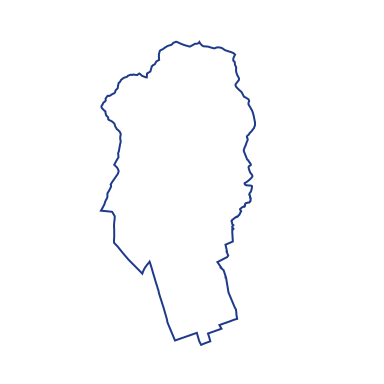 the district of Crizbav, Brasov, Romania, rotated 68°
{"feature_id": "2599482B31173771953984", "entity_name": "Crizbav", "entity_type": "district", "adm_level": 2, "iso_a3": "ROU", "parent_name": "Romania", "parent_adm1": "Brasov", "projection": "equal_earth", "projection_center": [25.451, 45.829], "detail": "fine", "context": "isolated", "style": "outline", "palette": "blue", "viewbox_px": 384, "rotation_deg": 68, "n_neighbors": 0, "source": "geoboundaries", "source_scale": "gbopen_adm2", "svg_char_len": 5961}
<svg xmlns="http://www.w3.org/2000/svg" viewBox="0 0 384 384"><g transform="rotate(68 192 192)"><path d="M175.2,283.4L180.3,273.7L180.7,273.4L185.6,272.7L186.3,273.1L187.6,273.6L188.8,274.2L189.9,274.9L192.4,276.2L195.7,277.6L196.6,277.8L204.2,280.8L207.9,282.6L209.9,283.3L212.9,282.1L214.6,281.4L217.0,280.7L219.3,280.0L223.8,278.6L229.4,276.7L230.5,276.4L247.4,269.3L249.1,268.7L248.5,268.1L247.3,267.1L246.7,266.4L245.8,265.5L244.6,264.0L244.2,263.4L242.6,260.9L241.8,259.2L241.3,258.3L240.7,257.4L241.2,257.4L246.5,257.8L254.1,258.6L256.7,258.8L262.4,259.4L267.1,259.7L268.9,260.0L269.6,259.9L270.7,260.0L273.2,260.5L276.4,260.8L288.6,261.7L300.2,262.9L303.8,263.6L323.3,263.4L324.4,240.3L329.5,240.8L332.0,241.1L334.0,241.1L337.1,240.8L337.1,235.9L337.3,231.0L333.7,230.5L329.2,230.2L329.8,215.9L325.6,216.4L326.1,205.6L326.2,200.3L326.6,197.7L326.3,197.6L322.5,196.8L319.9,195.9L317.5,195.3L315.5,195.5L314.8,195.6L298.8,195.8L285.9,192.9L283.9,192.5L283.7,192.9L282.5,192.4L276.3,192.0L273.1,193.7L273.0,193.2L266.5,194.7L265.5,183.8L265.1,183.1L264.9,182.9L264.4,182.2L260.3,182.3L260.1,181.8L253.4,180.7L253.2,172.7L247.0,170.6L245.9,170.2L245.0,170.0L243.1,169.2L241.2,168.4L241.9,167.6L241.6,167.3L240.3,167.8L239.2,167.7L239.1,167.3L238.6,166.9L238.2,166.1L237.4,166.6L236.5,166.7L235.5,166.3L234.8,166.4L233.6,166.2L233.5,165.9L233.4,165.5L232.9,165.2L232.7,164.2L232.2,162.6L232.2,162.3L232.0,162.1L231.9,161.8L231.9,161.0L231.6,160.4L231.6,159.8L232.0,159.6L231.9,158.7L231.5,158.1L231.1,157.8L230.9,157.3L231.0,156.9L230.9,156.7L230.4,156.1L228.5,154.2L228.5,153.8L228.1,153.6L227.8,153.6L227.4,153.8L226.5,153.9L226.3,154.0L226.0,153.9L225.8,153.8L225.6,153.2L225.4,152.4L225.0,151.5L224.9,151.1L225.0,150.2L225.0,149.7L225.2,149.4L225.3,149.1L225.3,148.7L225.1,148.5L224.5,148.6L224.4,148.5L224.4,148.1L224.4,147.9L223.7,147.5L223.4,147.5L223.2,147.4L222.7,146.9L222.6,146.7L222.5,145.7L222.7,145.4L222.8,144.6L222.8,144.4L222.7,144.3L222.7,144.0L223.1,143.4L223.2,143.1L223.2,142.9L223.0,142.6L222.8,142.3L222.8,142.1L222.4,141.3L222.3,141.2L221.9,141.2L221.4,140.6L220.5,140.4L220.5,140.2L220.3,140.1L219.8,139.9L219.6,139.9L219.0,140.3L218.9,140.3L218.7,140.2L218.7,139.9L218.2,139.9L217.2,139.6L216.7,139.7L216.0,140.0L215.6,139.6L214.7,139.0L213.9,137.6L213.7,137.3L213.5,137.1L212.7,136.5L212.1,135.9L209.8,134.5L209.5,134.3L209.3,134.2L209.0,134.2L208.7,134.4L208.3,134.8L208.0,135.2L207.7,135.9L207.0,137.4L206.7,137.8L206.2,139.0L205.6,139.6L205.1,139.9L204.5,140.1L204.0,140.1L203.6,140.0L203.4,139.5L203.4,138.6L202.9,136.4L202.4,134.8L202.2,134.3L201.3,132.0L200.6,130.6L200.2,130.2L199.7,130.0L199.2,129.9L198.3,130.0L195.7,130.8L195.3,130.7L193.7,130.7L192.7,130.7L190.7,130.4L190.3,130.3L189.8,130.0L189.3,129.1L189.3,128.3L189.1,127.6L188.9,127.3L188.7,127.2L188.4,127.1L187.5,127.2L184.5,128.0L183.9,127.9L183.6,128.0L182.7,128.6L181.8,128.7L178.6,128.6L177.6,128.7L174.8,128.6L174.1,128.7L172.6,128.4L172.0,127.9L171.6,127.5L171.1,127.1L170.4,126.5L169.9,126.0L169.4,125.3L168.7,124.8L168.3,124.3L165.9,122.3L165.3,121.5L164.5,120.9L163.7,120.5L163.3,120.5L162.0,120.6L161.5,120.5L161.1,120.3L160.7,119.8L160.5,119.4L160.3,118.4L160.0,118.0L159.8,117.4L158.8,116.3L158.7,115.7L157.9,113.9L156.9,112.4L156.1,110.8L153.6,108.5L151.0,107.5L147.7,106.9L145.4,106.4L141.8,105.9L139.2,105.8L135.6,106.2L132.1,106.8L130.6,106.3L129.0,104.9L127.2,104.9L124.7,106.7L123.1,108.1L118.0,108.6L114.4,110.3L111.6,111.5L110.2,111.8L108.6,111.4L107.4,109.5L105.9,106.8L104.7,106.0L103.9,105.9L102.3,106.0L100.5,106.3L97.7,106.1L95.9,105.7L92.9,104.3L90.1,104.5L87.4,103.7L85.7,104.5L84.8,104.2L83.4,103.5L82.0,102.0L80.8,100.6L78.8,101.5L76.9,103.4L75.1,105.6L72.8,108.3L70.5,109.8L69.3,110.8L67.7,113.4L67.2,115.3L67.3,117.2L66.2,119.0L63.2,122.7L62.5,124.1L61.1,126.9L60.3,127.6L57.4,128.8L56.9,128.8L55.7,129.0L56.4,129.9L56.4,131.1L56.3,132.1L56.2,132.6L55.8,133.4L55.7,133.9L56.0,135.8L56.1,136.8L56.2,137.4L56.2,137.9L56.4,139.4L55.8,140.4L54.8,141.6L53.6,143.2L51.8,145.3L51.4,145.7L50.1,147.1L48.2,148.8L47.8,149.3L47.2,149.7L46.9,150.2L46.7,150.7L46.7,151.5L46.7,153.1L46.8,153.5L46.9,154.0L47.4,154.9L47.7,155.4L47.8,155.8L47.7,156.9L47.7,157.4L47.7,157.8L47.5,158.8L47.5,160.0L47.6,161.0L47.8,161.7L47.8,162.1L48.0,162.7L48.0,163.4L48.4,164.4L48.8,166.9L48.7,167.6L48.9,168.6L49.3,169.1L50.8,170.3L52.1,171.2L53.4,171.6L53.7,171.9L55.5,172.4L56.3,172.8L57.2,173.0L57.6,176.1L58.3,177.1L59.0,177.8L59.7,178.8L59.8,180.8L60.4,181.7L60.4,182.3L61.0,182.6L64.7,185.5L65.3,189.3L68.8,191.0L68.5,191.7L65.5,194.9L62.9,196.0L62.4,196.5L63.0,199.0L62.0,201.0L61.0,202.5L61.1,203.6L60.3,204.8L60.2,207.8L60.8,209.0L60.6,212.6L61.5,215.8L62.7,217.2L63.1,217.9L63.4,219.1L64.4,219.8L65.7,220.8L67.5,221.7L67.9,222.0L68.3,222.7L69.0,224.5L69.5,225.1L70.6,225.9L71.1,226.5L71.4,227.7L71.3,228.6L71.3,229.0L71.5,229.5L71.6,230.6L71.9,231.1L71.9,233.0L71.4,233.7L71.2,234.2L72.5,236.4L73.3,237.3L74.4,237.5L75.0,237.9L75.5,238.9L75.9,240.5L76.4,241.2L77.5,242.3L78.0,243.3L78.6,243.8L79.6,244.2L80.1,244.2L82.0,243.5L83.3,243.0L84.6,242.2L85.0,242.1L85.7,242.4L86.5,242.6L88.3,242.8L89.1,242.8L89.4,242.7L91.0,241.9L91.6,241.9L92.0,241.9L93.0,242.4L93.3,242.4L93.7,242.3L94.8,241.4L95.7,240.5L96.7,239.7L97.3,239.4L99.1,238.5L99.6,238.4L100.2,238.4L102.4,238.6L103.1,238.5L104.2,238.3L105.6,238.1L105.9,238.0L106.9,237.3L108.7,236.6L109.3,236.4L110.1,236.4L110.5,236.3L111.2,236.3L112.2,236.6L112.6,237.0L113.5,237.6L116.0,238.7L118.0,239.0L118.9,239.5L119.5,239.8L120.1,240.2L120.5,240.6L121.4,241.2L122.5,241.8L123.3,242.4L126.9,244.6L128.4,246.0L129.9,246.4L132.3,247.2L133.9,249.4L137.6,253.9L141.1,252.4L142.0,252.2L143.2,252.1L144.8,252.1L145.7,252.5L147.5,254.1L152.8,262.2L154.5,264.6L155.6,264.6L156.6,265.0L157.6,266.0L159.9,268.6L161.5,270.8L162.6,271.4L164.5,272.1L165.1,272.5L165.8,273.1L166.4,273.7L167.1,274.7L167.9,275.5L169.0,276.6L170.6,277.8L174.2,282.1L175.2,283.4Z" fill="none" stroke="#1e3a8a" stroke-width="2"/></g></svg>